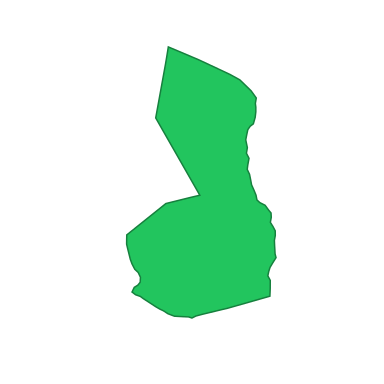 outline of Anguera, Bahia, Brazil, rotated 233°
{"feature_id": "56859067B25095444078591", "entity_name": "Anguera", "entity_type": "district", "adm_level": 2, "iso_a3": "BRA", "parent_name": "Brazil", "parent_adm1": "Bahia", "projection": "mercator", "projection_center": [-39.208, -12.178], "detail": "fine", "context": "isolated", "style": "filled", "palette": "green", "viewbox_px": 384, "rotation_deg": 233, "n_neighbors": 0, "source": "geoboundaries", "source_scale": "gbopen_adm2", "svg_char_len": 1159}
<svg xmlns="http://www.w3.org/2000/svg" viewBox="0 0 384 384"><g transform="rotate(233 192 192)"><path d="M61.9,191.5L68.0,196.5L74.3,201.3L79.4,202.1L82.3,205.4L84.8,208.9L86.8,213.8L89.0,219.6L92.6,221.1L96.0,223.4L99.6,225.8L103.8,228.7L107.1,232.3L110.9,235.1L115.8,235.9L120.6,236.3L124.1,240.1L127.7,242.5L131.5,242.3L137.4,242.4L142.7,239.8L146.6,239.1L150.9,241.2L155.8,242.5L161.9,243.9L166.5,246.2L171.5,248.6L176.8,249.7L179.8,252.6L184.6,257.8L190.2,258.8L194.1,262.9L197.5,264.5L201.3,266.3L204.9,270.3L208.2,274.1L209.5,278.0L209.5,282.0L213.6,287.4L217.6,291.2L221.3,294.0L224.6,295.9L228.4,299.9L237.2,300.1L252.7,297.7L263.0,293.1L293.6,276.9L322.1,260.4L315.2,253.2L309.8,247.5L273.0,207.6L216.6,200.4L184.7,196.3L188.5,187.7L198.5,164.2L197.0,114.1L193.6,111.4L189.7,108.4L186.1,106.8L181.4,104.8L175.3,102.2L170.6,100.8L164.7,99.8L160.1,100.6L154.9,99.5L151.1,96.3L150.2,92.6L150.6,88.5L148.2,83.9L143.9,85.1L139.7,87.9L136.0,89.0L122.2,94.0L117.7,95.9L114.3,97.7L109.3,99.5L103.4,103.2L98.0,109.6L94.3,114.1L91.4,116.1L90.6,120.5L88.0,126.9L79.9,145.6L78.0,149.8L61.9,191.5Z" fill="#22c55e" stroke="#15803d" stroke-width="1.5"/></g></svg>